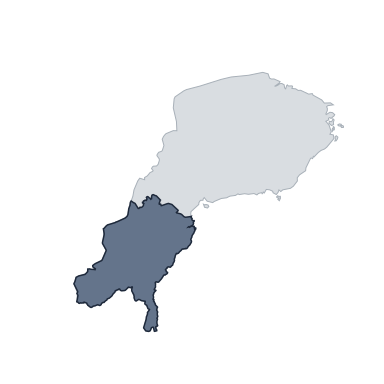 Lapland on a map of Finland (orthographic projection), rotated 221°
{"feature_id": "FIN-3176", "entity_name": "Lapland", "entity_type": "Province", "adm_level": 1, "iso_a3": "FIN", "parent_name": "Finland", "parent_adm1": "", "projection": "orthographic", "projection_center": [25.412, 67.834], "detail": "fine", "context": "in_parent", "style": "filled", "palette": "slate", "viewbox_px": 384, "rotation_deg": 221, "n_neighbors": 0, "source": "natural_earth", "source_scale": "10m", "svg_char_len": 9427}
<svg xmlns="http://www.w3.org/2000/svg" viewBox="0 0 384 384"><g transform="rotate(221 192 192)"><path d="M164.7,166.3L163.5,160.6L161.8,155.6L159.9,154.2L159.3,152.3L159.1,148.3L159.5,145.2L161.6,142.3L162.1,138.3L163.3,135.1L162.8,133.0L159.7,127.0L159.4,125.1L159.3,121.9L161.1,119.0L160.7,116.0L157.4,114.8L157.6,113.0L158.6,110.0L158.2,107.5L158.4,101.9L160.1,99.5L158.2,97.5L156.5,93.9L155.0,93.7L154.1,89.9L151.5,86.4L141.9,81.2L136.2,75.5L133.4,71.0L130.6,68.4L130.5,66.1L127.6,64.1L128.3,63.2L130.6,63.3L132.5,64.4L133.3,63.2L132.7,59.9L132.9,59.0L135.2,57.3L138.8,57.6L145.9,70.9L146.9,75.2L154.3,77.0L155.1,78.0L157.1,77.8L161.5,76.0L163.2,73.2L164.8,73.4L175.4,80.0L177.0,78.5L178.0,74.6L178.9,72.9L180.1,71.6L182.5,70.8L184.5,67.6L184.6,58.6L185.5,56.0L187.2,47.1L190.3,43.0L192.6,38.8L194.9,38.2L199.0,39.0L203.8,34.6L206.9,33.9L212.8,41.0L220.9,45.3L223.4,51.3L222.5,53.8L218.6,60.8L218.5,62.6L220.2,65.5L214.2,69.5L214.7,70.5L218.0,70.8L218.5,72.1L215.5,80.8L215.5,82.4L218.5,91.5L226.3,95.0L228.6,99.0L234.6,106.7L234.4,110.5L227.0,125.0L225.3,129.0L225.2,131.5L230.8,142.3L233.9,150.1L237.2,155.6L240.2,164.8L240.5,168.1L235.8,170.2L237.3,171.8L236.3,174.8L236.4,179.1L235.2,181.9L235.5,182.7L237.9,183.1L238.3,184.9L238.1,186.1L235.8,188.4L235.7,190.6L237.3,194.3L238.4,195.5L242.3,196.4L242.9,197.4L243.2,200.1L241.6,202.9L241.7,204.0L243.7,208.7L249.1,212.3L249.9,215.2L250.0,217.2L249.9,219.0L246.4,226.0L243.6,228.3L250.0,235.0L261.3,243.2L266.6,250.6L267.2,252.7L264.6,262.8L263.4,265.6L255.4,277.3L243.9,296.1L237.9,304.5L225.9,317.2L217.1,328.7L212.1,331.1L208.1,328.8L206.1,329.4L204.3,331.1L197.9,333.1L197.7,331.3L198.9,326.4L198.3,326.6L197.3,328.8L196.7,331.5L195.5,332.8L192.9,333.4L190.3,331.3L189.0,331.3L190.4,334.5L190.3,335.4L188.9,335.2L186.1,337.7L185.4,337.7L184.5,335.7L181.4,337.9L178.5,338.3L176.8,340.0L168.2,342.4L165.7,345.2L164.2,344.5L154.5,346.6L150.5,345.9L146.0,350.1L142.5,350.5L146.2,346.2L146.4,344.7L144.6,343.8L143.3,342.2L142.2,338.7L141.5,338.5L140.2,342.7L137.9,344.1L135.0,344.0L134.7,342.1L135.3,340.3L134.9,340.0L135.4,338.7L136.8,338.6L137.2,337.9L137.3,337.1L136.1,336.2L137.4,333.2L132.4,332.4L126.4,328.8L125.8,326.1L122.8,327.8L120.2,325.7L119.9,324.4L119.7,314.2L120.2,311.4L121.9,308.0L122.6,304.7L122.9,298.4L123.8,298.5L122.9,296.3L124.3,295.9L124.6,295.2L121.9,285.0L120.2,282.6L122.1,275.5L122.0,273.8L121.9,271.8L119.7,269.4L119.3,262.9L120.1,259.4L124.9,253.2L125.3,250.6L127.8,250.6L126.8,248.2L126.7,245.4L130.3,244.6L131.6,245.5L134.8,244.6L137.6,242.7L136.8,238.7L138.2,238.7L137.8,237.7L137.9,236.7L139.0,237.2L140.9,234.5L141.1,232.4L144.2,231.5L147.9,227.3L151.2,225.2L154.7,221.0L156.1,220.8L156.9,218.0L160.7,213.7L162.1,210.3L165.6,206.4L169.0,199.5L169.4,197.6L174.5,195.0L179.1,195.8L179.0,194.1L178.3,193.0L180.2,191.2L179.8,188.4L178.7,187.0L179.9,176.6L178.5,174.5L173.4,171.0L171.3,170.6L170.1,167.9L170.8,164.8L167.9,167.2L164.7,166.3ZM130.3,333.7L133.8,333.8L134.7,335.5L133.0,336.4L132.9,337.7L133.6,339.7L132.0,339.6L131.1,337.4L129.4,335.8L130.3,333.7ZM173.3,191.7L171.4,192.7L169.8,192.1L169.8,190.1L172.5,188.7L175.3,190.3L173.9,190.6L173.3,191.7ZM122.5,242.8L122.3,244.5L124.3,243.5L125.0,244.0L124.8,245.5L124.2,245.1L122.5,246.7L121.1,245.2L120.4,242.7L122.5,242.8ZM120.3,327.7L120.0,329.1L117.9,329.1L117.1,327.6L116.8,325.2L117.7,324.2L118.1,325.5L120.3,327.7ZM128.3,334.1L127.1,334.2L125.6,332.6L125.5,332.0L126.1,331.7L125.9,329.9L127.1,330.9L127.7,332.1L127.0,332.3L128.3,334.1ZM125.5,340.0L123.9,341.0L123.3,340.7L123.5,338.9L124.5,338.2L126.0,338.2L125.5,340.0ZM122.2,340.8L120.9,341.1L120.1,340.1L121.4,338.8L122.4,339.0L122.6,339.8L122.2,340.8Z" fill="#d9dde1" stroke="#a8b0b8" stroke-width="1"/><path d="M206.7,33.5L207.0,33.6L207.3,34.1L208.0,35.5L210.1,38.9L210.4,39.2L212.4,40.0L212.5,41.1L212.8,41.7L213.2,42.0L220.8,45.2L221.0,45.5L221.7,47.9L223.5,51.6L222.4,54.4L218.7,59.6L218.6,60.0L218.5,63.0L218.5,63.5L218.7,63.8L220.1,65.4L218.8,66.8L217.5,67.4L214.7,69.6L214.2,69.7L214.3,70.3L214.4,70.5L214.6,70.7L216.9,70.4L217.8,70.5L218.7,71.4L218.2,73.8L217.9,74.8L215.3,80.7L215.2,81.1L215.2,81.6L215.4,82.3L218.2,91.1L218.5,91.7L219.0,92.0L225.7,94.4L226.1,94.7L226.5,95.2L230.3,102.2L231.1,103.1L234.8,106.1L234.5,106.9L234.5,109.7L234.3,111.1L234.2,111.7L229.9,118.5L229.8,118.9L229.6,119.6L228.9,120.6L225.4,128.4L225.0,131.0L225.6,133.1L228.7,137.8L229.4,139.5L229.7,140.1L229.8,140.7L230.0,141.2L231.6,143.5L231.8,144.0L232.0,145.3L229.0,145.6L228.0,146.0L227.3,146.0L221.9,144.3L221.3,144.7L221.3,144.9L221.2,146.1L221.2,146.5L220.4,146.7L220.0,147.5L219.8,148.0L219.7,148.8L219.8,149.8L220.2,150.6L220.7,151.0L221.2,151.3L221.1,151.6L221.8,151.4L222.2,151.3L222.4,151.5L222.4,151.8L222.6,151.9L222.3,152.9L222.4,153.1L222.7,153.5L222.2,154.4L222.1,155.1L221.6,155.4L221.0,155.5L220.9,155.8L221.1,156.2L221.4,156.8L221.3,157.1L222.1,157.7L222.9,158.0L222.9,158.7L222.7,159.2L222.5,159.4L221.9,159.6L220.3,159.5L218.9,159.9L218.6,159.8L218.7,159.5L218.6,159.4L218.3,159.4L218.3,159.5L218.4,160.3L218.2,160.5L219.8,162.5L220.1,163.4L220.0,163.8L219.6,164.5L219.0,164.8L217.8,165.0L216.7,165.6L216.1,165.7L210.6,165.2L210.7,164.8L210.3,164.3L210.0,163.7L209.5,162.3L208.9,161.4L208.4,161.5L208.0,162.0L207.8,162.3L207.6,162.3L206.3,161.5L205.9,161.9L203.1,166.8L202.3,167.9L199.0,169.4L190.6,169.1L190.3,168.9L190.2,168.4L190.3,166.3L189.8,166.2L186.6,167.9L185.2,168.3L181.9,168.1L180.4,168.6L177.9,171.4L176.6,173.1L176.5,172.7L176.4,172.4L176.2,172.3L175.9,172.4L175.5,172.0L174.6,172.1L174.1,171.2L173.7,171.0L173.1,170.9L172.6,171.0L172.2,171.2L171.7,171.8L171.4,171.8L171.3,171.7L171.2,171.4L171.2,170.0L170.3,169.4L170.2,169.2L169.8,168.3L169.7,167.7L169.9,166.9L170.1,166.3L170.8,164.7L171.0,164.1L171.3,163.8L171.7,163.7L171.8,163.5L171.8,163.1L171.6,163.4L171.0,163.8L170.7,163.8L170.6,164.5L170.3,164.9L169.7,166.3L169.4,166.7L168.5,166.7L168.2,166.9L168.1,167.3L167.9,167.5L167.3,167.2L166.8,166.5L166.3,166.2L165.8,165.8L165.9,166.2L166.0,166.7L165.9,167.1L165.6,167.3L165.4,167.2L165.1,166.8L164.8,166.0L164.9,165.2L164.4,164.4L164.1,163.1L163.6,161.9L163.6,160.7L163.2,158.7L162.6,158.0L161.9,155.6L161.6,155.2L160.3,154.7L159.9,154.3L159.6,153.8L159.2,152.2L159.1,151.4L158.9,150.7L158.9,150.3L159.1,149.3L159.1,148.9L159.0,147.6L158.8,147.0L158.8,146.6L158.9,145.9L159.2,145.4L159.9,145.1L159.9,144.6L160.6,144.1L160.9,143.8L160.9,143.5L161.8,142.7L162.0,142.3L162.0,141.7L161.9,140.6L162.1,139.6L162.2,138.9L162.2,138.3L162.1,137.2L162.1,136.9L162.5,136.3L162.7,135.7L163.3,135.6L163.5,135.3L163.0,133.5L162.7,132.7L162.0,131.5L161.4,129.9L161.1,129.5L160.5,129.1L160.2,128.6L159.7,127.3L159.6,126.1L158.7,124.3L158.6,123.7L158.9,123.2L159.1,122.5L158.9,122.3L158.9,122.1L158.9,121.5L159.0,121.0L159.3,120.8L160.6,120.2L161.0,119.6L161.3,118.7L160.9,118.4L160.9,117.7L161.1,116.8L161.1,116.1L161.0,115.9L159.9,115.6L159.1,115.0L157.7,115.3L157.3,114.7L157.2,114.0L157.4,113.4L157.6,112.8L157.9,112.2L157.8,111.8L158.5,111.2L158.7,110.9L158.7,110.1L158.6,109.6L158.4,108.8L158.2,107.1L158.1,106.6L158.1,106.2L158.1,104.4L158.1,103.0L158.1,102.2L158.4,101.7L158.8,101.4L159.6,101.1L160.0,100.8L160.3,100.2L160.3,99.6L160.1,99.2L159.3,98.9L158.3,97.5L157.2,96.4L156.7,94.0L156.4,93.5L156.0,93.5L155.0,94.1L154.7,94.1L154.6,93.9L154.6,93.6L154.7,92.4L154.7,92.1L154.6,91.9L154.7,91.2L154.6,90.6L154.1,90.0L153.9,89.6L153.8,88.9L153.6,88.6L152.0,87.4L151.7,86.9L151.2,85.8L151.0,85.5L150.3,85.8L149.7,84.8L149.4,84.4L148.7,84.5L148.3,84.1L147.8,84.0L147.0,83.6L146.2,83.4L146.1,83.1L145.3,82.7L142.7,82.6L142.3,82.2L142.4,81.6L142.1,81.3L141.6,80.3L141.1,79.6L139.1,78.9L138.9,77.9L138.3,77.4L137.4,76.3L136.6,76.0L136.2,75.6L135.8,74.4L135.7,73.7L134.6,73.4L134.5,73.0L134.3,72.7L133.7,71.4L132.2,69.7L130.4,68.8L130.2,68.4L130.3,67.8L130.6,67.6L130.8,67.1L130.9,66.6L130.7,66.1L130.2,65.9L129.5,65.1L128.1,64.8L127.6,64.2L128.8,62.3L129.1,62.2L132.1,64.4L132.6,64.5L132.9,64.3L133.6,63.0L132.5,60.0L133.1,58.5L133.3,58.3L135.8,56.8L139.3,57.7L139.5,57.9L143.1,65.9L144.5,67.8L144.6,68.1L144.8,68.9L144.9,69.3L145.6,70.9L146.5,71.7L146.6,72.0L146.8,74.8L146.9,75.4L147.1,75.5L148.4,75.1L148.7,75.1L149.0,75.2L151.8,76.8L153.7,76.5L154.3,76.8L154.6,77.1L155.4,78.6L155.7,78.8L158.9,76.8L160.8,76.5L161.8,75.9L162.2,74.7L162.5,73.3L163.2,72.8L164.1,72.9L166.3,74.1L166.7,74.8L166.9,75.1L168.6,76.3L172.3,77.7L173.3,78.5L174.1,79.9L174.5,80.9L174.7,81.1L175.0,81.1L175.2,80.7L175.5,79.6L175.8,79.3L176.1,79.3L176.9,78.8L177.4,78.6L177.6,78.3L177.7,77.6L177.6,77.4L177.6,77.2L177.7,76.8L177.7,75.3L177.8,74.6L177.9,74.0L178.4,73.2L180.4,71.2L181.0,71.0L181.5,70.8L182.9,71.3L183.1,71.2L183.4,71.0L183.9,69.6L184.2,69.1L184.4,68.8L184.4,68.4L184.5,68.0L185.0,67.5L185.1,67.1L185.0,66.9L184.7,66.4L184.6,66.0L184.5,65.5L184.5,65.3L184.6,64.8L184.6,63.8L184.7,63.4L184.7,63.1L184.3,61.4L184.3,60.6L184.7,58.1L184.8,57.6L185.8,55.8L185.4,54.4L185.7,53.6L185.9,53.2L185.9,52.5L185.9,52.1L186.1,51.8L185.9,51.2L186.0,50.8L186.7,50.3L186.9,49.8L187.1,49.1L187.1,48.4L186.9,47.7L186.7,47.4L186.7,47.1L186.9,46.4L187.1,45.9L187.4,45.7L189.2,45.1L189.9,43.8L190.4,42.6L191.5,41.3L191.8,40.7L191.7,40.1L192.1,39.3L192.3,38.8L192.7,38.5L194.5,38.2L195.2,38.4L196.2,38.1L196.5,38.2L197.1,38.6L197.7,38.5L198.5,39.1L201.0,38.2L201.4,37.6L201.0,37.3L201.2,37.0L201.6,36.8L202.3,35.9L203.5,35.2L203.6,34.7L204.0,34.0L204.6,33.8L205.9,34.0L206.7,33.5Z" fill="#64748b" stroke="#1e293b" stroke-width="1.5"/></g></svg>